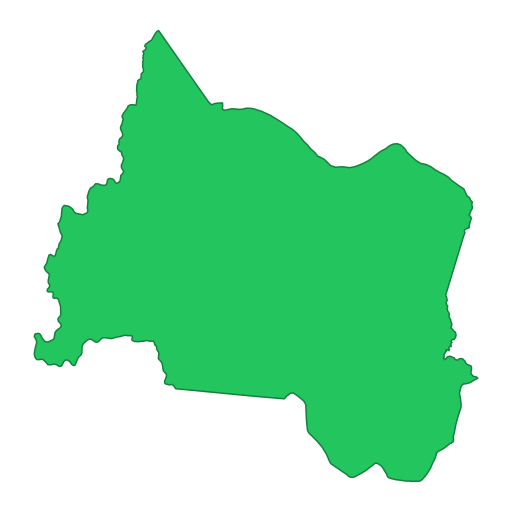 the district of Anajás, Pará, Brazil
{"feature_id": "56859067B41993569024253", "entity_name": "Anajás", "entity_type": "district", "adm_level": 2, "iso_a3": "BRA", "parent_name": "Brazil", "parent_adm1": "Pará", "projection": "robinson", "projection_center": [-50.06, -0.792], "detail": "fine", "context": "isolated", "style": "filled", "palette": "green", "viewbox_px": 512, "rotation_deg": 0, "n_neighbors": 0, "source": "geoboundaries", "source_scale": "gbopen_adm2", "svg_char_len": 5958}
<svg xmlns="http://www.w3.org/2000/svg" viewBox="0 0 512 512"><path d="M57.9,223.8L59.2,227.9L60.3,232.1L61.8,234.9L62.1,236.4L61.4,239.5L60.6,241.6L59.4,243.4L58.9,244.7L58.6,246.2L58.4,248.1L57.3,248.9L56.5,250.7L55.8,253.8L54.9,256.0L53.2,256.2L51.6,255.0L50.4,254.4L49.0,255.2L47.9,258.5L46.7,263.3L44.4,266.8L44.5,268.3L45.5,270.3L46.5,271.7L48.0,272.8L49.4,274.5L48.3,279.9L48.2,282.4L49.6,284.9L49.5,286.8L47.5,289.3L47.1,290.8L48.0,291.8L51.3,291.9L52.6,292.2L53.5,293.8L52.9,295.9L53.1,297.8L54.5,298.3L56.0,298.0L57.5,298.4L58.4,299.5L60.5,306.4L60.8,313.8L60.5,315.5L58.0,318.6L58.2,321.0L60.5,323.6L61.2,324.8L61.1,326.3L60.4,327.5L56.7,330.3L55.5,331.8L54.9,333.2L54.1,338.4L52.8,339.8L48.1,341.9L45.9,341.9L44.5,341.0L42.4,338.6L40.9,335.4L39.9,334.0L38.5,333.4L35.4,333.8L34.5,335.2L34.4,336.9L35.7,338.9L36.5,341.0L36.6,343.1L35.3,347.6L34.4,352.7L34.3,354.4L34.8,356.6L35.7,358.4L36.9,359.5L38.5,359.7L41.4,359.3L42.8,359.4L45.2,361.5L48.0,364.7L51.0,364.8L53.4,364.1L54.7,364.1L57.3,365.1L58.5,366.0L59.6,366.4L60.9,366.3L62.2,364.9L63.6,362.0L64.8,360.4L66.0,360.0L67.6,360.1L69.7,361.5L71.5,364.1L72.5,365.0L74.0,365.5L75.2,365.0L77.7,358.7L78.5,357.3L81.3,354.6L81.9,352.5L82.0,347.3L82.5,345.2L83.5,343.6L87.2,340.2L89.0,339.2L90.7,339.1L92.6,340.1L95.3,342.0L96.6,342.3L98.4,341.7L101.6,338.4L103.4,337.8L105.8,337.8L110.7,338.6L112.7,338.3L117.1,337.0L119.6,336.7L124.6,335.3L126.0,335.3L127.7,335.7L130.5,335.6L132.2,336.1L132.4,337.7L131.8,339.1L132.3,340.5L134.8,341.5L139.3,341.7L140.8,341.3L143.3,341.3L146.2,340.5L149.5,341.1L153.4,341.3L154.4,342.8L154.9,345.0L156.3,346.1L156.7,347.4L156.8,349.3L157.5,350.7L158.3,351.8L158.9,353.1L158.3,358.6L161.1,361.7L162.1,363.4L163.2,370.0L163.7,371.3L166.3,374.0L166.5,376.2L164.7,380.9L164.7,383.0L165.6,383.9L168.9,384.9L171.9,384.5L173.1,385.2L174.0,386.2L174.9,387.4L175.5,388.7L255.9,396.4L284.3,398.8L285.7,397.4L286.7,395.9L288.6,394.9L290.1,393.3L293.2,392.9L297.5,395.8L303.7,400.9L305.8,404.6L306.4,419.1L307.4,429.9L308.7,432.8L316.5,440.5L322.5,447.5L323.2,449.0L326.2,453.6L329.9,462.2L331.3,464.0L347.0,474.7L349.2,476.7L350.7,477.2L352.0,477.3L354.3,477.0L362.2,472.8L363.5,471.9L366.1,470.4L369.5,467.6L371.0,466.6L374.7,463.6L375.9,463.2L377.4,463.4L380.3,465.1L382.4,467.1L386.6,474.1L387.2,475.9L388.2,477.4L390.3,478.3L395.5,479.6L406.7,481.1L409.1,481.0L410.4,481.3L419.4,481.2L420.7,480.7L422.3,479.5L424.8,476.7L426.6,474.4L430.5,468.3L431.8,465.0L435.5,457.3L436.6,453.1L437.8,451.7L443.6,448.5L450.1,443.5L452.8,442.3L453.6,440.3L453.3,437.3L453.5,435.3L454.3,432.8L455.8,424.7L457.8,417.2L461.0,407.3L461.1,404.0L460.1,396.3L459.5,394.3L459.6,392.3L460.7,388.0L461.3,386.1L462.5,384.9L463.8,383.8L465.5,383.9L470.1,382.6L475.0,379.6L476.4,379.1L477.7,378.1L476.4,377.0L473.2,376.2L471.3,374.1L470.9,372.8L471.1,371.1L471.5,369.8L471.5,366.9L470.8,365.8L469.2,365.2L467.9,364.9L466.5,363.9L465.6,362.7L465.1,361.4L463.3,359.4L461.9,358.7L460.6,358.6L459.3,358.8L458.1,359.9L456.6,360.0L455.2,359.6L454.3,358.0L450.0,356.2L448.5,356.5L447.0,357.2L446.3,358.4L444.8,359.6L443.7,358.3L444.2,357.0L444.0,354.5L444.8,353.5L445.3,352.2L446.4,351.4L446.0,349.9L447.5,349.9L448.9,350.6L449.4,349.3L448.6,348.2L449.4,346.7L451.1,346.5L451.0,343.5L451.9,342.5L451.0,341.3L452.2,339.6L454.2,339.4L455.7,337.0L456.0,335.1L455.7,333.2L455.0,331.8L453.8,331.2L452.9,329.8L451.0,327.9L451.9,324.0L450.8,321.2L450.6,319.6L449.7,318.3L449.3,316.9L448.9,315.6L449.4,314.1L448.7,312.4L447.7,311.1L447.3,309.2L447.6,305.9L446.4,304.4L446.2,302.0L447.2,300.4L446.7,297.8L445.6,295.4L463.7,235.8L464.9,232.9L464.4,231.5L464.7,229.8L466.5,228.5L467.7,228.5L469.3,227.4L469.2,225.5L469.7,223.4L471.2,218.7L471.0,217.2L469.1,215.0L469.9,213.7L471.1,210.4L472.1,208.9L472.4,206.8L471.8,205.0L472.3,201.9L471.0,200.7L470.1,199.2L469.7,197.9L467.2,196.1L463.7,188.8L458.7,185.6L451.3,180.2L448.3,177.1L444.1,174.5L439.7,172.4L435.5,170.0L430.5,166.5L426.5,164.7L423.5,163.9L420.6,163.4L416.9,161.1L414.1,158.9L407.0,152.2L405.1,149.1L403.3,147.2L400.6,144.9L397.2,143.7L393.1,144.1L389.6,145.7L385.4,148.9L380.7,151.3L374.8,155.8L372.2,158.0L368.0,160.9L363.5,163.2L358.7,165.3L354.8,166.7L349.5,167.7L344.6,167.0L341.6,166.8L335.5,167.2L330.7,165.7L324.5,159.5L321.1,157.6L317.8,156.2L314.7,152.4L310.6,148.8L307.4,144.8L303.9,141.5L300.3,137.0L296.7,133.1L292.6,129.5L288.4,126.9L280.1,121.3L270.5,115.4L261.5,111.3L253.3,108.7L250.2,108.3L246.3,108.2L242.5,109.2L238.8,109.4L235.0,108.9L231.5,108.8L224.5,110.3L222.9,109.5L222.3,108.3L222.7,106.6L222.5,103.0L220.6,102.9L216.2,103.3L214.3,103.7L211.5,104.8L208.5,101.9L158.7,30.7L156.9,31.4L155.1,33.8L151.5,40.2L148.5,42.0L147.1,43.4L145.4,44.3L144.8,46.3L146.2,47.4L145.4,49.7L142.9,51.4L143.8,53.4L143.2,55.1L143.3,56.7L142.8,57.9L143.5,59.5L142.9,60.9L142.7,66.1L142.9,67.7L143.5,69.6L143.3,71.9L142.0,73.0L141.2,74.4L141.1,76.7L140.7,79.2L139.3,79.5L137.8,80.6L137.5,83.0L136.9,84.5L136.6,91.2L137.0,92.6L137.0,95.6L137.5,97.3L136.9,98.5L136.5,102.8L135.9,105.2L132.9,104.7L130.1,104.9L128.2,105.9L127.0,108.6L123.8,112.8L122.2,115.7L122.1,117.1L123.2,118.7L122.2,123.2L120.8,126.5L120.5,127.8L120.7,129.5L122.0,132.0L122.8,134.7L122.3,136.5L119.5,139.1L119.0,140.9L118.9,142.7L119.2,144.3L117.8,145.6L117.6,147.4L117.6,148.9L118.5,150.0L119.6,151.0L121.1,151.8L121.7,153.3L121.8,154.7L122.7,156.0L123.5,157.9L123.5,159.5L123.1,160.9L122.4,163.0L121.4,165.0L121.4,167.5L123.7,171.6L122.6,173.6L120.9,175.3L120.0,181.1L118.3,182.7L116.6,183.3L115.3,182.4L113.8,179.8L112.2,178.8L110.5,178.5L109.1,178.6L107.6,179.6L106.9,183.2L106.2,184.7L105.0,185.3L101.8,185.2L98.0,183.8L95.6,183.8L93.1,186.7L90.9,187.8L89.9,189.1L88.5,192.2L88.3,193.7L87.5,195.7L87.3,197.8L87.9,199.8L88.0,201.5L87.3,207.9L87.9,210.9L86.9,213.0L85.2,213.6L82.9,214.7L76.7,213.5L74.9,212.7L74.0,211.6L72.8,209.2L69.6,206.7L68.1,206.1L64.2,205.4L62.7,207.1L62.0,208.6L61.3,216.4L59.6,221.9L57.9,223.8Z" fill="#22c55e" stroke="#15803d" stroke-width="1.5"/></svg>